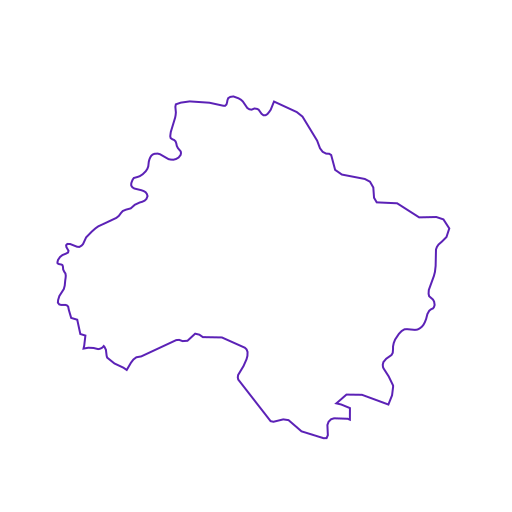 outline of Marne, rotated 20°
{"feature_id": "FRA-5323", "entity_name": "Marne", "entity_type": "Metropolitan department", "adm_level": 1, "iso_a3": "FRA", "parent_name": "France", "parent_adm1": "", "projection": "mercator", "projection_center": [4.087, 48.967], "detail": "fine", "context": "isolated", "style": "outline", "palette": "violet", "viewbox_px": 512, "rotation_deg": 20, "n_neighbors": 0, "source": "natural_earth", "source_scale": "10m", "svg_char_len": 3278}
<svg xmlns="http://www.w3.org/2000/svg" viewBox="0 0 512 512"><g transform="rotate(20 256 256)"><path d="M431.2,350.3L403.0,350.2L388.4,355.3L381.9,367.0L386.8,366.4L396.3,366.8L400.2,377.7L397.8,377.6L384.9,381.8L382.4,383.7L380.9,386.9L380.9,390.4L384.8,399.8L384.6,403.0L381.8,404.1L358.7,405.2L342.7,399.1L337.5,400.2L329.1,405.8L326.2,406.2L281.6,378.2L280.4,376.3L279.9,373.9L281.9,363.7L282.4,356.3L282.1,352.8L280.9,349.1L279.1,347.0L276.9,346.0L251.8,344.2L233.8,350.4L229.7,349.3L225.4,349.8L220.6,359.1L216.1,361.1L212.5,361.1L209.8,362.3L182.5,389.6L178.2,392.1L176.2,395.2L175.0,399.0L173.5,407.3L169.6,406.3L159.7,405.4L150.9,402.4L149.8,400.9L147.0,395.4L146.1,394.6L144.8,393.3L143.7,392.7L143.2,394.1L142.7,394.9L141.6,396.1L140.3,397.1L139.4,397.5L134.8,398.0L129.9,399.5L125.6,402.0L125.2,398.9L122.9,389.1L117.6,389.4L109.8,377.0L103.5,377.4L98.5,370.6L96.8,367.8L95.3,367.1L93.9,367.1L89.8,368.6L87.7,368.8L85.8,367.6L85.1,365.0L84.9,360.8L86.7,352.8L86.4,349.3L85.0,343.8L84.6,341.8L84.0,339.6L82.9,337.6L81.1,336.3L79.4,334.6L78.3,332.2L77.6,331.2L77.1,330.7L76.0,330.6L73.5,331.0L72.2,330.8L71.8,330.5L71.5,329.5L71.3,327.4L72.2,323.9L73.8,321.3L76.6,318.8L78.2,317.0L78.0,315.2L74.8,312.5L73.9,310.8L74.6,309.2L77.2,308.3L84.7,308.5L86.9,307.9L88.6,305.8L89.4,303.9L90.0,296.6L93.3,289.3L95.7,284.9L97.7,282.0L111.7,268.0L113.4,265.2L114.4,261.8L115.4,259.3L118.0,256.9L122.0,254.1L124.6,249.3L128.4,245.5L130.5,244.0L132.4,242.1L133.5,239.9L133.6,236.8L132.2,235.0L130.4,233.8L128.2,233.4L125.8,233.4L118.5,234.2L116.3,233.7L114.7,232.5L114.1,231.0L113.9,229.9L113.9,228.2L114.0,226.4L114.5,224.5L117.7,222.2L119.5,220.7L121.6,217.9L123.4,214.1L124.1,211.2L124.1,208.6L123.0,204.0L122.8,201.7L122.9,199.6L123.3,197.6L124.2,196.0L125.6,194.7L128.6,193.4L131.0,193.2L140.7,194.9L143.1,194.5L145.4,193.8L147.7,192.2L149.6,189.9L150.6,186.8L150.3,184.9L149.5,183.5L145.7,181.3L143.9,179.6L142.6,177.5L141.2,175.8L139.4,175.0L137.4,174.9L135.5,174.4L134.5,172.9L134.0,170.9L133.5,168.5L132.7,153.7L132.3,151.2L131.6,148.5L129.2,143.4L128.8,140.9L132.9,137.6L140.8,133.4L159.8,127.9L173.8,126.0L175.5,125.5L176.4,123.8L176.3,121.7L175.9,119.4L175.9,117.2L177.4,115.3L180.2,113.8L185.6,113.8L188.4,114.3L190.8,115.3L197.2,119.9L199.5,120.4L201.8,120.0L204.1,117.9L206.8,117.4L208.4,117.6L212.6,120.5L214.9,121.2L216.9,120.4L218.2,118.7L219.2,115.8L219.8,113.5L220.1,104.7L245.1,106.8L252.0,109.1L274.0,126.7L279.3,132.9L283.0,135.3L286.9,135.8L289.8,134.9L292.1,135.4L300.9,148.0L308.8,150.1L331.9,146.4L337.7,147.2L342.8,151.5L347.0,160.9L351.1,164.3L370.6,158.2L396.1,163.9L412.1,157.7L419.6,157.5L428.2,164.0L428.5,173.0L425.8,178.8L423.6,182.8L422.9,185.6L422.9,188.3L428.2,203.9L429.6,209.8L430.0,214.0L430.0,228.8L431.1,232.5L432.5,234.6L437.2,236.4L439.0,238.0L440.6,240.9L440.7,243.1L440.3,244.6L439.9,245.1L439.5,245.4L438.7,246.2L437.5,248.2L436.9,251.9L437.4,257.0L437.3,260.5L436.9,263.3L436.1,265.6L434.9,267.6L433.6,269.2L432.4,270.2L430.5,271.1L422.9,273.1L420.6,274.1L418.5,276.7L416.9,280.3L415.3,286.9L415.2,290.7L415.7,294.1L416.7,296.9L417.6,300.2L417.2,302.7L413.5,308.0L412.0,312.1L412.3,314.8L413.3,316.9L414.3,318.0L421.8,323.7L429.1,330.8L429.6,332.1L431.5,340.4L431.2,350.3Z" fill="none" stroke="#5b21b6" stroke-width="2"/></g></svg>